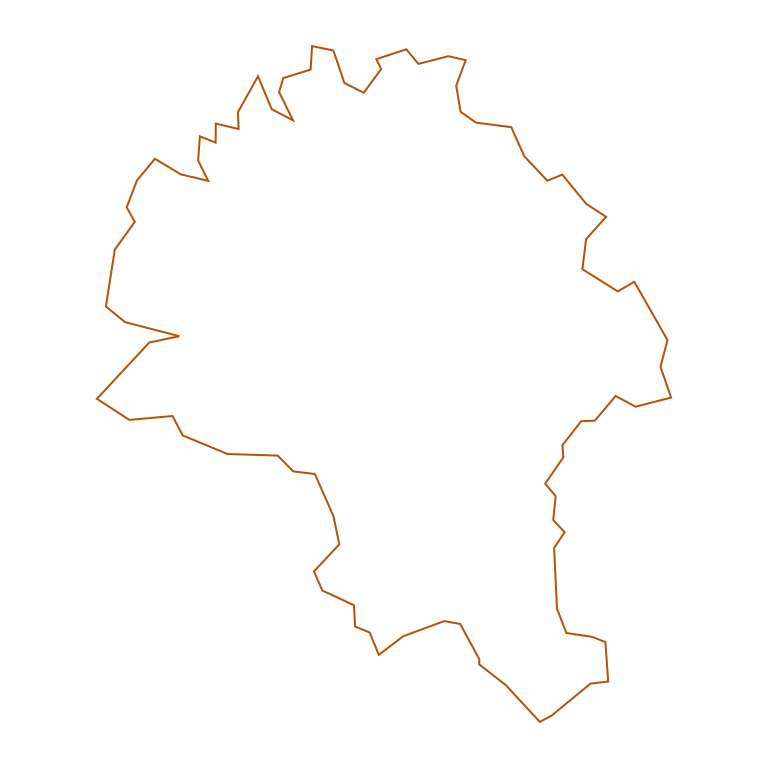 Boone, West Virginia, United States of America (Equal Earth projection)
{"feature_id": "52423323B6396533628849", "entity_name": "Boone", "entity_type": "district", "adm_level": 2, "iso_a3": "USA", "parent_name": "United States of America", "parent_adm1": "West Virginia", "projection": "equal_earth", "projection_center": [-81.709, 37.997], "detail": "fine", "context": "isolated", "style": "outline", "palette": "amber", "viewbox_px": 768, "rotation_deg": 0, "n_neighbors": 0, "source": "geoboundaries", "source_scale": "gbopen_adm2", "svg_char_len": 1203}
<svg xmlns="http://www.w3.org/2000/svg" viewBox="0 0 768 768"><path d="M149.3,342.5L96.9,398.8L129.3,419.9L172.5,416.0L182.8,435.5L227.4,454.0L277.7,455.6L293.3,471.4L314.9,474.0L333.5,516.3L339.3,544.3L314.0,571.4L322.3,590.5L354.0,605.3L355.1,626.6L369.7,632.5L378.8,654.8L403.3,636.2L444.2,621.1L460.2,624.0L479.4,659.3L479.1,664.3L505.8,685.1L539.8,721.9L551.6,715.6L590.4,683.7L608.2,681.5L605.4,642.1L592.3,636.9L566.4,633.0L557.0,608.8L554.1,548.0L564.6,532.2L553.2,520.0L555.7,496.1L545.2,483.8L563.4,457.2L562.4,445.3L581.2,421.2L594.8,420.7L615.6,396.0L635.5,406.7L671.1,397.6L660.5,366.8L667.5,340.1L634.3,281.8L617.7,291.4L582.4,269.2L586.1,239.2L606.1,216.8L586.1,203.8L562.3,174.6L547.3,180.7L524.3,156.3L511.3,127.2L475.9,122.6L460.6,111.8L456.2,85.7L465.7,60.2L448.3,56.2L418.4,63.9L406.3,49.3L376.3,59.2L381.2,69.0L363.7,92.8L344.4,83.0L333.4,50.5L312.1,46.1L310.6,69.6L283.2,78.1L279.1,92.1L293.0,120.3L271.8,109.3L258.0,76.3L238.0,112.1L238.6,129.0L215.8,123.6L215.6,142.6L199.9,136.4L198.1,160.5L208.3,180.9L180.9,174.4L154.9,158.8L137.0,180.4L126.7,207.3L134.8,221.9L114.8,249.6L105.9,306.5L125.1,322.2L179.3,336.2L149.3,342.5Z" fill="none" stroke="#b45309" stroke-width="2"/></svg>